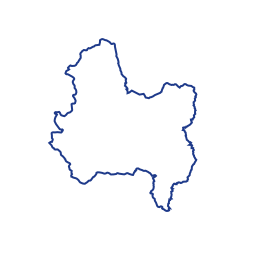 the district of Navakholo, Western, Kenya, rotated 311°
{"feature_id": "3690345B67128862820985", "entity_name": "Navakholo", "entity_type": "district", "adm_level": 2, "iso_a3": "KEN", "parent_name": "Kenya", "parent_adm1": "Western", "projection": "natural_earth1", "projection_center": [34.674, 0.39], "detail": "fine", "context": "isolated", "style": "outline", "palette": "blue", "viewbox_px": 256, "rotation_deg": 311, "n_neighbors": 0, "source": "geoboundaries", "source_scale": "gbopen_adm2", "svg_char_len": 5820}
<svg xmlns="http://www.w3.org/2000/svg" viewBox="0 0 256 256"><g transform="rotate(311 128 128)"><path d="M63.2,100.5L63.3,101.2L62.5,102.3L62.3,103.3L62.6,105.1L63.1,106.8L63.1,107.5L62.8,108.1L60.9,108.3L60.0,108.8L59.6,109.7L58.6,110.9L58.4,111.6L58.7,113.6L56.9,114.9L56.5,116.0L55.0,116.2L54.1,117.2L54.6,118.2L54.6,119.0L55.9,121.7L56.2,122.8L56.2,124.8L55.7,126.6L55.6,127.7L56.1,129.3L56.6,130.6L57.6,132.0L60.5,132.8L62.2,132.9L62.7,133.1L63.4,133.9L64.2,134.2L67.8,133.9L68.5,134.0L69.1,134.4L71.2,134.4L72.9,134.1L73.6,133.6L74.6,134.1L75.8,135.6L77.2,138.0L77.8,139.6L78.3,140.4L79.1,141.0L80.6,141.6L81.0,142.1L81.6,143.8L81.6,145.3L82.1,146.0L83.3,147.3L84.9,148.7L85.5,149.2L86.8,149.5L87.2,149.9L87.8,151.4L90.0,154.8L90.6,155.6L91.3,156.0L93.0,156.7L93.7,157.4L94.2,159.2L95.1,161.3L95.5,162.1L95.9,162.6L98.7,161.7L100.1,162.0L100.5,161.4L101.7,161.8L102.3,161.2L103.3,161.3L103.8,161.8L104.3,162.5L104.4,163.7L105.6,166.6L105.8,167.7L106.6,168.7L107.3,169.3L108.1,172.4L108.1,173.4L108.4,174.1L108.2,175.5L107.7,177.6L109.8,178.9L110.3,179.6L110.2,180.5L109.1,180.4L106.6,179.6L106.1,180.6L105.5,182.2L105.0,182.8L104.4,182.5L102.8,183.4L102.5,184.2L101.2,185.1L100.7,185.9L99.3,186.8L98.4,187.2L97.3,187.3L95.4,186.9L94.7,187.3L93.9,187.3L93.5,187.8L93.9,188.7L94.5,189.5L94.4,190.2L93.1,190.8L92.2,191.9L91.9,192.6L92.0,194.7L90.8,195.9L90.0,198.2L88.4,201.1L88.2,202.1L88.5,202.9L89.0,203.7L90.2,204.0L90.7,204.6L90.9,205.2L90.8,205.9L89.7,206.5L89.7,207.3L90.1,208.1L90.3,210.4L90.6,211.3L91.1,212.0L92.1,212.8L92.8,213.0L93.1,212.3L93.5,211.9L94.3,211.6L94.8,212.3L95.3,209.4L97.2,208.1L98.0,208.3L98.5,207.7L101.2,206.1L101.5,207.0L102.5,206.7L103.2,207.2L103.4,206.0L104.8,205.6L106.5,204.5L107.0,203.6L107.7,203.2L108.2,202.4L108.9,202.5L109.6,203.0L110.2,202.6L110.6,201.9L110.8,201.0L111.5,201.4L111.4,200.6L111.6,199.9L112.4,200.0L113.4,199.9L114.1,199.4L116.1,199.3L116.6,199.8L116.7,200.7L117.5,201.6L118.2,201.0L118.8,201.1L119.3,201.7L120.0,201.7L120.9,202.9L121.0,203.8L121.6,204.3L123.0,204.8L123.6,204.8L125.8,207.1L127.2,207.5L127.7,207.0L128.7,206.9L129.8,205.3L132.8,205.5L134.4,204.4L135.4,204.2L137.5,203.2L138.3,203.4L140.9,201.5L143.5,201.2L144.3,201.5L145.7,201.0L148.2,200.6L148.8,200.4L149.0,198.7L149.4,198.1L149.6,197.2L150.0,196.4L150.6,195.8L150.7,194.9L151.3,194.0L152.4,193.4L152.8,192.5L153.4,192.1L154.2,192.3L154.8,191.8L155.0,190.6L155.5,190.3L154.5,189.2L155.9,188.1L156.7,188.1L157.0,187.2L157.0,186.4L156.4,186.5L155.6,185.4L156.4,185.6L157.6,184.9L158.2,185.1L158.2,184.3L157.6,183.9L157.6,182.9L157.8,181.8L157.7,180.1L159.4,177.7L159.9,176.6L160.6,176.6L161.2,175.7L162.4,174.4L162.4,173.5L163.2,172.1L162.5,170.8L163.3,170.7L164.4,169.4L165.5,170.1L165.7,171.1L166.4,171.3L167.2,171.0L168.1,171.8L168.8,171.8L170.8,172.5L172.1,172.7L172.9,172.5L173.5,172.7L174.2,172.5L175.0,170.7L175.6,170.0L176.2,170.8L176.7,171.2L177.3,170.7L177.9,171.1L178.6,170.8L179.6,170.9L180.8,169.4L182.8,169.5L183.2,168.8L185.1,167.3L185.7,167.4L185.9,166.6L186.6,166.0L186.7,165.2L187.5,164.7L187.9,163.6L188.1,162.6L188.9,162.6L189.4,161.7L190.5,160.6L191.3,160.7L192.8,160.6L194.2,159.0L195.2,159.1L195.9,158.9L196.0,158.1L198.0,157.7L198.6,156.8L198.6,154.7L199.1,153.1L199.8,152.7L200.4,152.9L201.9,151.5L201.4,150.0L201.3,148.2L199.5,145.6L199.0,144.0L199.0,143.0L198.5,142.1L197.8,141.7L195.7,141.5L194.2,140.4L192.4,140.5L192.2,138.9L192.4,136.5L192.4,135.4L191.7,134.6L190.9,134.4L190.4,134.1L189.8,133.2L189.1,132.7L188.2,130.6L187.9,128.6L187.6,128.0L187.0,127.5L184.3,126.9L181.4,128.1L180.7,128.0L180.0,128.4L179.2,128.6L177.3,129.5L176.6,129.2L175.8,129.3L170.5,126.7L168.2,126.1L167.5,125.7L166.8,125.5L165.6,124.5L164.2,124.2L162.6,121.3L163.5,119.3L164.0,117.4L160.8,114.8L158.7,106.3L155.6,105.7L154.0,104.8L155.2,103.9L155.9,102.6L156.1,101.6L156.8,102.2L157.5,101.6L157.9,99.6L157.9,98.0L158.6,97.8L159.8,96.6L160.2,97.1L161.0,97.1L161.4,96.3L162.8,94.7L163.5,94.6L164.0,94.2L164.2,92.0L164.0,90.5L164.5,87.7L165.5,86.8L166.2,85.5L166.4,84.6L167.7,83.3L169.4,79.7L170.1,78.9L170.4,78.1L171.1,78.0L172.1,76.9L173.5,74.8L174.6,72.0L175.3,71.6L176.0,71.1L180.9,64.7L181.6,64.1L182.3,63.3L182.6,62.5L182.4,61.8L181.9,61.3L181.3,61.1L180.7,60.6L180.5,59.7L180.8,57.8L180.1,54.3L179.4,53.2L178.6,50.8L178.1,50.1L176.3,49.3L175.6,49.5L174.3,50.6L172.0,51.8L169.2,49.3L168.2,48.9L167.3,48.9L165.9,48.0L165.3,47.9L163.6,47.3L162.9,46.8L162.5,45.9L161.3,45.6L159.8,45.9L159.1,45.4L157.9,43.5L155.9,43.0L155.4,43.1L153.3,43.1L152.4,43.5L151.9,44.5L150.0,46.2L149.2,46.5L148.5,46.4L147.6,46.7L146.8,46.6L146.1,46.9L145.0,47.1L143.4,46.9L142.4,47.3L141.3,47.4L139.9,46.9L138.1,45.1L137.7,44.5L137.6,43.7L136.8,43.3L134.1,43.2L133.7,43.8L133.6,45.1L132.7,44.9L130.7,44.1L130.1,44.2L128.3,44.9L128.1,45.8L128.4,46.6L128.9,47.0L129.2,47.8L130.1,52.0L130.3,53.8L130.1,54.8L129.6,55.3L127.2,55.7L126.4,56.2L125.4,57.8L125.0,59.8L124.5,60.4L123.2,61.4L122.8,63.3L122.3,64.3L121.1,65.6L119.6,66.3L118.8,66.3L118.0,65.9L117.3,65.2L116.6,65.1L116.0,65.6L115.4,68.1L114.6,69.9L114.1,70.7L113.5,71.0L112.0,71.7L111.0,71.3L110.4,70.5L109.8,70.0L108.9,69.8L105.4,73.6L104.9,74.1L104.1,74.3L102.5,74.1L101.6,73.9L100.2,72.9L99.2,72.6L98.3,72.6L97.6,72.7L95.3,72.3L94.8,71.5L93.9,69.4L93.9,68.5L94.9,66.4L94.9,65.4L93.9,64.7L92.4,62.9L91.6,62.7L91.1,63.1L91.0,63.9L91.5,64.7L91.5,65.6L88.8,66.1L87.2,66.7L85.7,67.6L84.9,68.3L83.7,71.2L82.5,76.5L82.4,77.3L82.7,78.1L83.2,78.9L83.8,79.4L83.7,80.2L82.9,80.5L82.1,80.3L81.4,80.7L80.7,80.5L78.6,77.5L76.8,75.8L75.6,74.3L74.9,73.8L74.2,73.7L73.6,74.1L72.6,75.3L70.5,77.2L70.3,78.2L69.8,78.9L67.6,79.7L67.2,79.1L66.5,78.7L65.1,78.4L64.8,81.6L63.8,83.8L64.1,85.6L63.7,86.5L64.3,87.6L65.4,88.6L65.7,89.2L65.7,92.1L65.5,93.1L63.9,94.9L63.7,95.6L63.9,97.0L63.7,98.9L63.6,99.8L63.2,100.5Z" fill="none" stroke="#1e3a8a" stroke-width="2"/></g></svg>